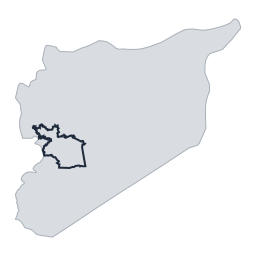 Homs, Homs (Hims), Syria (highlighted)
{"feature_id": "27442178B91557549439519", "entity_name": "Homs", "entity_type": "district", "adm_level": 2, "iso_a3": "SYR", "parent_name": "Syria", "parent_adm1": "Homs (Hims)", "projection": "orthographic", "projection_center": [36.55, 34.443], "detail": "fine", "context": "in_parent", "style": "outline", "palette": "slate", "viewbox_px": 256, "rotation_deg": 0, "n_neighbors": 0, "source": "geoboundaries", "source_scale": "gbopen_adm2", "svg_char_len": 6873}
<svg xmlns="http://www.w3.org/2000/svg" viewBox="0 0 256 256"><path d="M20.0,83.2L22.6,83.5L28.1,86.8L29.1,86.7L30.7,82.3L32.4,80.8L35.8,79.5L36.8,72.3L38.4,71.0L40.3,70.2L43.2,70.1L45.8,69.7L46.0,68.4L42.4,60.1L42.7,58.0L44.4,49.7L45.5,46.4L46.5,45.4L50.6,45.8L56.2,47.2L57.7,49.6L60.5,51.7L64.7,51.6L69.5,51.9L73.2,52.0L76.2,50.5L82.9,47.6L86.2,46.7L89.3,45.4L98.9,40.7L102.9,41.0L105.5,41.5L107.6,42.2L112.3,45.2L116.1,48.3L118.8,49.2L123.6,49.0L130.5,49.5L139.0,49.2L144.0,48.2L150.3,46.4L161.4,42.3L175.9,34.0L184.4,29.8L188.2,29.2L193.0,29.0L198.0,29.8L203.5,30.2L206.1,30.0L212.0,29.0L219.7,27.0L224.5,25.5L230.2,23.0L233.7,19.3L234.8,18.9L236.4,19.4L237.1,19.6L238.7,21.5L240.6,26.6L240.6,27.2L240.4,28.7L236.8,33.1L232.0,39.2L228.4,43.0L222.4,49.5L217.8,51.0L209.9,53.6L207.9,55.9L206.0,59.5L205.1,64.2L204.9,67.2L204.9,72.8L207.1,78.4L209.2,83.8L209.6,87.5L209.6,91.1L208.0,95.0L206.4,100.4L205.5,106.4L205.5,117.5L205.9,127.0L205.8,128.6L202.8,135.4L199.2,143.4L197.4,145.3L188.9,148.0L179.7,154.1L169.3,160.9L159.9,167.1L149.9,173.5L139.6,180.2L132.2,184.9L122.2,191.2L113.1,197.2L103.9,203.2L96.8,207.8L86.1,215.0L79.8,219.2L70.5,225.4L62.2,230.8L52.5,237.1L40.2,235.3L36.4,234.2L33.2,231.1L30.9,229.5L25.1,227.9L21.4,222.2L19.2,220.1L15.4,219.2L17.0,215.6L17.4,213.2L19.0,210.3L18.0,208.3L17.5,204.3L16.8,203.3L16.6,202.2L17.1,200.9L16.9,199.5L16.3,198.9L16.0,196.9L15.5,195.4L15.7,193.6L16.6,192.4L17.5,190.1L18.5,189.4L20.1,188.0L20.6,186.5L22.0,185.0L24.0,183.9L24.4,182.9L24.2,182.3L22.2,181.3L21.2,179.4L22.1,176.6L22.7,175.7L23.9,174.4L26.5,172.4L28.6,172.0L30.3,172.0L33.3,172.2L35.6,172.6L36.2,172.1L36.2,171.4L33.3,169.7L33.1,168.4L33.9,167.0L35.9,164.7L38.3,163.1L39.5,162.8L42.3,159.5L44.0,155.7L41.2,146.7L39.5,145.3L36.7,144.0L35.0,143.8L34.9,143.2L37.1,140.9L38.7,139.0L37.0,137.1L33.9,136.2L32.7,138.1L28.8,138.3L22.6,138.2L20.0,128.7L19.6,124.6L19.7,119.8L21.6,112.8L20.7,109.6L20.7,107.4L20.2,104.4L15.5,97.9L18.2,86.0L20.0,83.2Z" fill="#d9dde1" stroke="#a8b0b8" stroke-width="1"/><path d="M80.4,166.3L81.2,166.0L83.2,166.3L85.4,166.2L83.5,155.6L82.1,147.3L82.2,146.7L82.2,145.9L82.3,145.4L82.4,144.7L84.0,144.7L84.3,144.5L85.0,143.7L84.4,143.4L83.5,143.1L83.4,142.9L83.3,142.3L83.3,141.6L83.1,141.1L82.7,140.9L82.0,141.0L81.3,141.5L76.0,138.8L74.1,138.0L72.7,137.6L72.6,137.4L72.7,137.0L72.9,136.8L73.3,136.9L73.5,136.8L74.1,137.2L74.3,137.2L74.6,136.8L73.7,135.5L73.3,135.7L72.5,135.8L72.0,135.7L71.7,135.5L71.4,135.5L71.0,135.9L70.9,135.9L70.8,135.6L70.4,135.7L70.2,135.8L68.8,136.4L68.3,136.7L67.6,136.9L66.8,136.6L66.5,136.9L66.4,137.2L66.5,137.4L66.3,137.6L65.5,137.6L65.4,137.7L65.2,137.7L64.8,137.4L64.5,137.2L64.9,136.6L65.2,136.0L65.2,135.8L64.8,135.3L64.6,135.3L64.4,135.2L64.1,134.9L63.9,135.4L63.7,135.5L63.1,135.7L62.6,135.5L62.2,135.6L62.0,135.9L62.0,136.4L61.8,136.6L61.6,136.5L61.4,136.3L60.7,136.5L60.2,136.4L59.6,136.7L58.8,136.8L58.4,137.0L57.8,136.8L57.7,136.6L57.7,136.4L57.8,136.1L57.8,135.8L57.7,135.4L57.8,134.9L57.8,134.0L57.3,133.2L57.5,133.0L59.0,132.2L58.8,131.8L58.4,131.1L58.0,130.6L58.0,130.3L58.0,130.0L57.8,129.7L57.7,129.3L57.9,128.9L58.0,128.2L58.4,128.1L58.1,127.7L57.5,127.4L57.7,126.2L57.6,125.6L57.3,125.8L57.3,126.1L57.2,126.3L56.5,126.5L56.0,126.7L55.7,126.1L55.5,125.5L55.4,125.5L55.2,125.3L55.1,126.0L55.0,126.3L54.2,126.4L53.0,126.7L52.9,126.8L53.2,127.4L53.2,127.5L52.9,127.9L52.4,129.2L52.2,129.6L49.4,129.8L49.0,129.6L47.9,130.3L47.6,130.1L47.7,129.7L47.6,129.4L47.4,129.1L46.1,128.8L46.0,128.4L45.5,127.9L45.6,127.6L45.3,127.6L45.1,127.5L45.2,127.4L44.9,127.1L44.6,126.9L44.4,126.7L44.2,126.3L44.2,125.6L44.1,125.8L43.6,125.9L43.6,126.0L43.6,126.7L43.4,126.8L43.0,127.0L43.1,126.9L43.0,126.7L42.9,126.7L42.9,126.2L42.6,126.1L42.5,125.7L41.7,125.7L41.7,125.3L42.3,125.0L42.2,124.6L41.9,124.4L41.3,124.5L41.0,124.7L40.6,124.9L40.5,125.0L40.6,125.3L40.6,125.7L40.0,125.9L39.7,125.8L39.7,126.3L39.8,126.7L39.9,126.8L39.9,127.5L39.8,127.4L39.4,127.7L39.1,127.8L38.9,127.9L38.5,128.0L38.5,127.9L38.4,127.9L38.2,128.0L37.8,128.3L37.5,128.5L37.3,128.5L36.9,128.6L36.9,128.1L36.3,127.8L36.2,128.0L36.1,128.3L35.9,128.5L35.5,128.5L35.5,128.3L35.4,128.3L35.3,128.1L35.4,127.8L35.2,127.3L35.1,127.1L34.9,127.3L34.8,127.1L34.9,126.9L34.7,127.0L34.6,126.9L34.4,126.7L34.3,126.4L34.0,126.4L34.1,126.0L33.9,125.9L33.5,126.1L33.5,126.3L33.4,126.8L32.9,127.3L32.9,127.8L33.0,128.0L33.6,128.3L33.9,128.2L34.2,128.1L34.2,127.9L34.4,127.6L34.9,127.5L35.1,127.7L35.0,127.8L34.6,128.2L34.9,128.4L35.0,128.8L35.0,129.0L35.3,129.0L35.5,129.3L36.2,129.0L36.6,129.0L36.2,129.4L36.0,129.6L35.9,130.2L36.1,130.3L36.5,130.4L36.6,130.8L36.4,131.2L36.8,131.6L36.3,132.1L36.3,132.4L36.4,132.5L36.8,132.4L37.1,133.3L37.3,133.8L37.5,133.8L37.7,133.6L37.8,133.5L37.9,133.1L38.6,133.1L38.7,133.6L38.7,133.8L38.9,134.0L39.1,133.8L39.3,134.0L39.2,134.9L39.8,135.1L39.9,135.3L39.9,135.5L39.4,135.7L39.2,136.0L38.8,136.3L38.8,136.6L39.1,137.2L39.1,138.3L39.4,138.1L39.5,137.7L40.1,137.7L40.4,138.1L40.5,138.2L40.6,137.9L40.8,137.8L40.8,137.7L40.9,137.8L41.1,137.8L41.2,138.3L41.3,138.3L41.4,138.2L41.5,137.9L41.3,137.8L41.3,137.7L41.5,137.6L41.3,137.4L41.5,137.3L41.8,137.4L41.6,136.9L41.4,136.9L41.5,136.7L41.3,136.6L41.5,136.6L41.3,136.4L41.6,136.4L41.6,136.6L41.8,136.7L42.0,136.6L41.8,136.9L41.9,137.1L42.0,137.1L42.1,136.9L42.3,136.8L42.3,136.7L42.3,137.0L42.4,137.4L42.3,137.5L42.6,137.6L42.9,137.3L43.2,137.3L43.3,137.2L43.5,137.1L44.1,136.9L44.4,136.9L44.5,136.7L44.8,136.8L44.9,136.6L45.0,136.6L45.1,136.8L45.2,137.1L45.3,137.3L45.2,137.5L44.7,137.7L44.4,138.0L44.4,138.4L44.7,138.6L44.8,138.5L44.8,138.3L45.1,138.3L45.4,138.4L45.5,138.6L45.9,138.8L46.1,138.7L46.2,138.4L46.7,138.6L47.0,139.3L47.3,139.5L47.6,139.6L47.6,139.4L48.0,138.4L48.1,138.1L48.5,138.2L49.3,138.3L49.4,138.5L49.8,138.6L50.0,139.1L50.7,139.2L50.7,139.4L50.8,139.6L51.0,139.6L51.0,139.8L51.1,140.8L49.7,140.8L49.8,141.5L49.1,142.1L49.0,142.4L48.2,142.4L47.7,142.7L47.7,143.3L47.6,143.7L47.4,143.8L47.1,144.6L46.9,144.6L46.8,144.4L46.6,144.4L46.7,144.6L46.5,144.8L46.3,145.0L46.1,144.9L45.8,144.9L45.8,145.0L46.0,145.3L45.9,145.5L45.4,145.2L44.8,145.5L44.6,146.0L44.1,146.1L44.1,146.7L44.0,146.8L43.9,148.1L43.5,148.6L43.5,148.8L43.2,148.8L43.1,149.7L43.0,149.9L42.7,150.3L42.8,150.6L43.2,151.0L43.2,151.5L43.3,151.7L43.6,151.7L43.8,151.8L44.3,151.8L44.5,152.0L44.6,152.3L44.6,152.5L44.4,152.8L43.7,153.4L44.1,154.4L44.1,155.2L44.2,155.5L44.6,155.7L46.8,155.2L47.9,155.6L49.0,155.4L49.9,155.4L50.2,155.1L51.0,154.9L51.4,154.9L51.4,155.5L52.3,155.7L52.5,155.8L52.5,156.4L53.3,156.9L53.6,157.1L53.9,157.3L54.2,157.2L54.5,157.3L55.2,157.2L56.0,158.1L56.7,159.5L57.5,160.3L58.9,161.3L58.2,162.2L57.0,163.0L57.7,163.5L58.2,163.7L58.6,164.3L59.4,164.3L59.1,166.9L59.1,167.7L65.5,167.8L69.3,168.0L72.8,166.9L73.8,167.1L74.8,166.4L75.9,165.9L78.3,165.6L79.3,165.6L79.8,165.7L80.1,165.8L80.4,166.2L80.4,166.3Z" fill="none" stroke="#1e293b" stroke-width="2"/></svg>